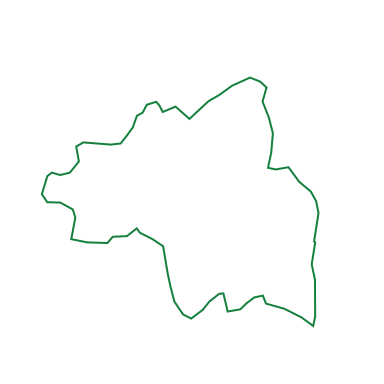 the district of Laxå, Orebro, Sweden, rotated 102°
{"feature_id": "70781695B77797038305071", "entity_name": "Laxå", "entity_type": "district", "adm_level": 2, "iso_a3": "SWE", "parent_name": "Sweden", "parent_adm1": "Orebro", "projection": "natural_earth1", "projection_center": [14.59, 58.927], "detail": "fine", "context": "isolated", "style": "outline", "palette": "green", "viewbox_px": 384, "rotation_deg": 102, "n_neighbors": 0, "source": "geoboundaries", "source_scale": "gbopen_adm2", "svg_char_len": 1094}
<svg xmlns="http://www.w3.org/2000/svg" viewBox="0 0 384 384"><g transform="rotate(102 192 192)"><path d="M263.2,300.3L263.1,284.3L259.5,264.2L252.3,260.2L248.7,246.5L239.1,238.5L242.7,234.5L246.3,220.9L251.1,208.9L265.5,203.3L277.5,198.5L288.3,193.7L302.8,186.5L313.6,175.3L316.0,166.5L305.1,157.0L295.5,152.2L285.9,144.2L284.7,140.2L293.3,136.1L301.5,132.3L296.7,120.3L289.5,115.5L282.2,109.2L280.3,104.9L278.6,101.2L285.8,96.4L287.0,77.4L291.8,59.1L297.8,45.6L288.2,45.6L252.2,53.5L237.8,59.9L215.6,61.0L215.0,62.3L186.2,63.9L175.3,68.6L166.9,75.8L159.7,89.3L147.7,102.8L152.5,114.7L152.5,122.7L136.9,122.7L117.7,125.1L103.2,132.3L88.8,141.8L74.3,140.8L69.9,148.1L68.0,159.0L79.6,174.8L91.2,185.3L99.7,194.7L121.0,209.7L111.9,225.9L119.5,236.8L119.8,237.3L114.3,241.8L111.2,245.8L116.1,254.4L124.7,256.8L128.9,261.7L130.2,261.9L141.1,263.3L150.3,267.4L159.4,271.9L162.5,281.3L166.1,308.6L171.6,314.7L185.7,309.0L198.5,315.5L202.8,324.5L202.2,333.1L206.5,336.8L225.4,338.4L232.1,331.4L229.7,318.8L233.9,304.9L241.3,300.8L263.2,300.3Z" fill="none" stroke="#15803d" stroke-width="2"/></g></svg>